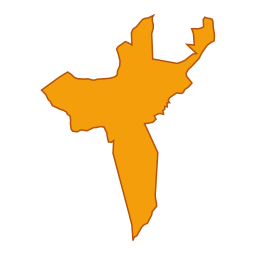 the district of Canguaretama, Rio Grande do Norte, Brazil
{"feature_id": "56859067B38788707888311", "entity_name": "Canguaretama", "entity_type": "district", "adm_level": 2, "iso_a3": "BRA", "parent_name": "Brazil", "parent_adm1": "Rio Grande do Norte", "projection": "natural_earth1", "projection_center": [-35.135, -6.417], "detail": "fine", "context": "isolated", "style": "filled", "palette": "amber", "viewbox_px": 256, "rotation_deg": 0, "n_neighbors": 0, "source": "geoboundaries", "source_scale": "gbopen_adm2", "svg_char_len": 1756}
<svg xmlns="http://www.w3.org/2000/svg" viewBox="0 0 256 256"><path d="M214.1,40.8L214.5,36.2L214.0,32.1L213.4,28.4L213.1,25.4L213.0,22.0L212.2,19.4L209.5,18.4L207.3,18.2L204.9,17.2L203.2,19.6L203.6,26.8L200.7,28.2L197.3,28.9L194.4,28.6L191.6,28.8L193.4,33.3L194.3,45.0L186.8,44.4L196.5,53.5L192.9,54.1L190.1,56.1L185.2,60.2L180.7,62.3L177.0,63.4L152.7,59.0L151.7,33.6L153.2,28.5L153.3,24.6L152.5,21.6L152.2,17.7L153.5,15.4L148.3,17.9L144.6,18.5L142.6,19.4L139.5,23.0L136.6,26.6L132.9,29.3L131.4,32.9L131.9,45.0L128.5,42.9L125.3,41.6L117.9,46.9L116.6,49.1L118.2,53.5L120.0,60.9L119.7,66.0L117.6,70.7L117.1,75.0L114.8,76.9L109.5,78.3L102.3,78.9L97.7,79.1L94.2,80.2L91.4,79.8L87.9,78.8L85.2,79.1L77.6,78.7L74.5,77.5L71.3,74.5L67.7,72.0L60.5,76.4L58.7,77.6L41.5,90.1L45.9,94.7L48.3,99.7L50.2,101.3L52.4,105.7L56.1,107.3L59.7,109.1L63.7,110.4L66.3,112.0L67.5,114.2L70.1,116.2L70.6,120.2L70.4,123.6L71.2,129.3L72.9,131.3L77.3,131.8L79.6,130.5L81.7,129.9L86.9,130.8L93.7,127.6L95.9,127.6L99.2,126.8L101.8,126.6L104.3,127.4L105.2,129.7L106.8,132.8L107.4,137.5L108.5,142.0L111.5,142.2L113.6,140.6L113.2,150.4L113.0,153.2L129.1,214.0L131.9,224.9L133.0,240.6L134.0,237.4L136.8,235.7L139.7,230.7L141.6,227.3L143.6,225.1L147.6,223.0L149.3,219.5L151.7,214.9L152.2,211.6L156.6,206.3L156.4,202.8L155.5,198.7L155.2,195.6L157.8,152.6L144.5,123.6L147.6,123.3L149.9,122.9L153.0,122.2L156.0,119.1L154.3,115.8L157.2,114.3L159.9,113.4L163.6,114.3L162.9,110.6L164.8,109.1L164.7,106.5L167.3,106.9L167.0,102.9L169.6,102.7L168.2,100.4L169.7,97.6L176.7,92.8L179.0,93.4L181.8,93.4L183.5,92.1L184.7,89.6L188.7,86.8L192.0,83.0L186.5,76.2L186.2,73.1L188.3,69.5L192.8,65.2L199.0,58.5L201.9,52.8L207.0,45.5L210.3,42.9L214.1,40.8Z" fill="#f59e0b" stroke="#b45309" stroke-width="1.5"/></svg>